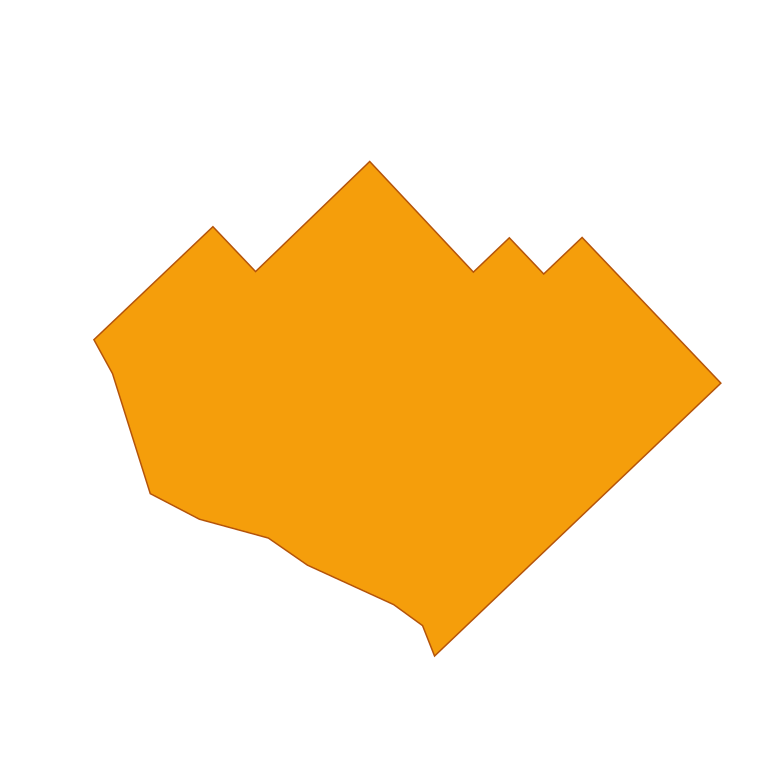 the district of Scott, Illinois, United States of America, rotated 316°
{"feature_id": "52423323B93785778655007", "entity_name": "Scott", "entity_type": "district", "adm_level": 2, "iso_a3": "USA", "parent_name": "United States of America", "parent_adm1": "Illinois", "projection": "robinson", "projection_center": [-90.501, 39.655], "detail": "fine", "context": "isolated", "style": "filled", "palette": "amber", "viewbox_px": 768, "rotation_deg": 316, "n_neighbors": 0, "source": "geoboundaries", "source_scale": "gbopen_adm2", "svg_char_len": 387}
<svg xmlns="http://www.w3.org/2000/svg" viewBox="0 0 768 768"><g transform="rotate(316 384 384)"><path d="M206.1,150.6L195.9,188.0L139.7,300.5L157.3,353.1L193.8,414.5L203.1,461.2L237.7,549.4L243.9,584.6L231.4,614.8L626.9,617.4L628.3,416.2L575.3,415.8L575.7,365.9L526.0,365.6L528.3,214.0L369.7,213.9L370.2,152.0L206.1,150.6Z" fill="#f59e0b" stroke="#b45309" stroke-width="1.5"/></g></svg>